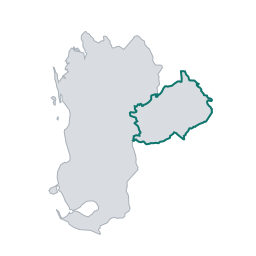 Venezuela, with Amazonas highlighted, rotated 262°
{"feature_id": "VEN-38", "entity_name": "Amazonas", "entity_type": "State", "adm_level": 1, "iso_a3": "VEN", "parent_name": "Venezuela", "parent_adm1": "", "projection": "albers", "projection_center": [-66.172, 3.421], "detail": "medium", "context": "in_parent", "style": "outline", "palette": "teal", "viewbox_px": 256, "rotation_deg": 262, "n_neighbors": 0, "source": "natural_earth", "source_scale": "10m", "svg_char_len": 5376}
<svg xmlns="http://www.w3.org/2000/svg" viewBox="0 0 256 256"><g transform="rotate(262 128 128)"><path d="M226.7,95.3L229.5,99.0L229.3,99.8L227.5,100.7L226.5,102.8L224.3,103.7L221.3,106.2L219.3,106.4L216.3,110.6L218.0,113.9L217.6,115.5L218.3,116.4L221.9,116.4L222.3,117.3L221.8,118.7L221.2,119.5L216.4,122.2L214.0,122.0L213.0,122.8L209.9,123.4L209.1,125.0L209.9,127.1L210.2,130.6L206.3,134.8L216.1,145.9L217.2,146.5L218.2,149.0L217.9,150.6L216.2,152.4L213.7,153.7L212.2,156.0L210.8,156.5L208.1,156.3L206.8,157.6L205.1,158.1L204.0,159.8L194.9,162.7L191.1,161.8L186.5,164.0L185.7,169.2L184.4,170.4L182.7,170.4L177.1,165.1L174.2,165.9L172.3,165.2L166.8,165.4L164.2,162.4L158.4,162.2L156.2,160.2L155.2,160.1L154.8,160.8L157.0,164.1L163.8,170.5L163.8,176.3L167.0,184.4L166.5,186.9L168.3,187.7L176.4,188.3L176.3,191.2L175.3,192.5L173.7,192.7L169.5,194.9L167.0,195.6L165.5,200.3L164.1,201.7L162.6,202.8L159.8,202.8L156.1,205.9L154.8,205.8L151.7,207.3L146.6,211.7L144.9,214.4L143.7,214.4L144.2,212.1L143.5,210.8L142.3,210.1L141.2,210.0L139.8,210.6L136.1,212.9L132.4,213.4L130.5,212.4L123.7,206.3L123.6,204.3L122.0,199.4L118.6,190.4L118.7,188.7L113.3,184.1L112.5,182.6L110.3,182.0L108.9,182.6L109.3,181.1L116.5,174.6L117.2,173.1L114.3,169.0L112.8,167.8L111.9,166.4L110.1,161.3L109.6,157.4L109.0,156.6L109.8,147.2L109.5,145.1L110.0,143.5L111.4,142.4L112.2,140.7L112.4,138.5L113.2,136.6L114.8,135.1L115.3,133.7L114.7,131.3L113.4,130.4L109.0,129.7L107.8,130.4L99.8,131.7L95.8,131.7L92.8,131.0L90.5,131.2L87.8,132.5L86.4,131.8L85.4,132.1L74.9,119.5L71.0,119.2L65.8,117.4L61.6,118.9L59.9,119.0L52.5,118.2L48.4,118.9L46.7,118.2L45.5,117.2L43.7,113.1L40.9,112.4L39.7,110.7L40.2,104.1L41.5,102.3L41.0,99.3L40.6,97.8L36.9,94.1L35.0,86.8L32.6,86.4L31.8,84.8L31.1,84.5L29.1,85.5L26.9,85.9L26.5,85.5L31.9,76.6L34.1,66.0L36.8,60.9L40.5,56.7L43.4,55.5L47.8,48.5L57.4,45.6L54.8,47.8L49.2,49.1L47.8,50.0L48.0,52.3L49.6,55.7L52.5,58.3L51.2,58.6L51.7,61.0L53.1,62.6L53.2,63.7L52.1,66.9L47.7,71.9L45.3,76.3L47.1,78.9L47.4,80.2L50.6,83.5L50.2,84.8L51.7,87.5L53.9,87.9L58.3,86.2L60.7,83.4L61.2,78.0L60.8,76.1L58.1,71.4L56.3,69.6L54.7,65.5L53.9,61.9L55.2,61.0L55.1,59.1L58.1,58.6L64.8,55.5L68.9,54.7L73.6,53.0L75.6,50.8L76.4,50.7L78.8,52.0L80.0,51.5L80.5,50.5L79.8,48.6L74.2,49.3L72.8,45.4L74.1,42.2L77.1,41.0L79.2,42.9L80.7,48.5L82.6,51.5L88.6,50.9L94.6,52.2L101.0,56.3L102.9,60.5L102.1,61.6L102.6,63.4L103.5,65.2L104.9,66.3L108.9,66.7L122.1,64.6L133.2,64.3L135.3,65.1L135.6,66.7L139.2,69.9L150.0,72.7L154.2,72.3L164.1,66.9L169.4,67.0L170.9,66.2L168.9,65.3L164.5,65.0L163.2,65.6L162.4,64.2L168.8,63.8L174.4,64.1L179.0,63.1L182.6,63.1L186.3,62.4L193.2,63.1L198.6,62.5L198.0,63.4L193.3,64.1L191.1,65.4L186.4,65.2L183.2,65.7L184.2,66.1L184.2,67.4L185.1,67.7L186.6,69.3L186.9,70.7L185.8,72.8L187.1,72.6L187.9,71.9L187.9,70.4L188.6,70.7L192.1,76.9L193.6,75.4L194.6,76.3L194.5,74.0L195.7,74.0L198.2,75.6L200.8,79.2L200.4,76.4L202.5,76.4L203.0,75.2L207.2,79.1L211.7,80.2L215.0,83.2L214.3,84.6L212.3,85.4L211.6,86.3L210.1,91.0L208.3,94.6L202.7,94.7L207.4,97.5L209.1,96.3L211.4,96.2L214.9,94.7L219.7,95.4L221.9,94.1L224.5,94.3L226.7,95.3ZM169.1,56.8L169.6,58.7L168.1,60.4L166.1,60.5L164.5,59.3L163.6,59.6L160.8,59.0L161.6,58.0L163.7,57.4L165.2,58.6L166.4,58.7L166.8,57.7L168.5,56.2L169.1,56.8ZM214.0,89.4L211.0,90.9L210.9,89.4L213.2,87.5L214.2,88.7L214.0,89.4ZM148.7,60.2L147.9,60.5L145.7,59.7L146.2,59.1L147.4,59.1L148.7,60.2ZM214.6,86.5L212.8,87.0L213.3,85.9L215.2,85.3L215.9,85.5L214.6,86.5Z" fill="#d9dde1" stroke="#a8b0b8" stroke-width="1"/><path d="M157.3,161.2L155.9,160.0L155.2,160.0L154.8,160.5L155.0,161.5L156.1,162.2L157.4,164.7L159.1,166.5L162.2,168.5L164.1,170.4L164.1,171.6L163.4,173.1L163.8,177.5L165.5,180.2L167.2,183.7L167.0,185.4L166.3,186.8L166.4,187.4L169.7,188.1L176.8,188.3L176.6,190.5L176.1,192.3L172.9,193.0L170.4,194.9L167.2,195.2L166.4,196.1L165.8,200.3L162.6,202.9L161.9,204.1L161.2,203.7L161.7,202.2L161.0,202.0L158.9,203.3L158.1,204.7L156.1,205.9L154.5,205.6L153.6,206.4L152.6,206.7L151.7,207.6L150.0,207.8L149.0,210.8L147.1,211.0L146.0,212.5L145.8,213.6L144.6,214.9L143.9,215.0L143.2,214.4L143.2,213.6L144.2,211.4L143.6,210.3L142.9,209.9L140.8,210.1L138.6,211.3L137.4,212.6L135.8,213.1L134.9,213.8L133.8,213.3L131.7,213.3L123.7,206.3L123.3,205.3L123.6,204.4L122.9,203.3L122.1,199.6L120.5,195.5L119.8,194.7L120.1,193.0L119.2,192.2L118.6,190.5L119.2,189.5L119.0,188.6L116.9,187.4L114.3,184.3L113.2,184.1L112.4,182.3L111.4,182.4L110.5,181.8L109.4,182.0L108.9,182.6L109.2,181.2L115.0,175.8L115.9,175.4L117.3,173.0L115.8,171.8L114.3,168.6L112.9,168.4L112.3,167.9L111.0,163.2L110.0,161.7L109.9,157.8L108.7,156.2L109.5,153.1L109.4,150.8L109.9,148.2L109.4,147.4L109.3,144.0L110.3,143.0L112.2,141.9L112.6,140.8L112.1,139.3L112.5,137.3L114.6,134.9L115.5,134.4L115.5,133.5L114.5,132.3L114.6,131.5L115.0,131.1L116.1,132.3L116.9,131.9L117.8,132.4L119.1,132.5L119.7,135.1L118.8,138.3L120.7,138.4L121.4,139.6L121.9,139.8L124.6,138.7L126.5,138.6L128.6,138.0L131.8,135.2L132.4,135.7L133.3,138.1L135.1,137.3L136.5,137.4L137.3,137.0L139.5,132.4L140.5,131.9L142.7,132.0L143.3,132.9L142.4,136.3L142.8,138.4L143.7,138.8L145.4,137.5L148.6,137.7L148.0,139.2L148.4,139.9L150.0,141.2L149.8,142.0L149.2,142.6L150.2,143.8L149.6,144.7L147.9,145.0L147.8,145.8L148.7,147.0L149.2,149.2L150.7,152.2L152.9,154.9L156.5,155.4L157.0,155.9L157.6,159.3L157.3,161.2Z" fill="none" stroke="#0f766e" stroke-width="2"/></g></svg>